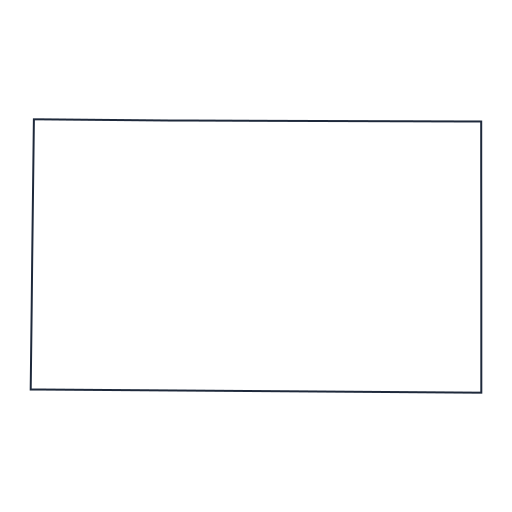 the district of Hucal, La Pampa, Argentina
{"feature_id": "61730980B74223418294329", "entity_name": "Hucal", "entity_type": "district", "adm_level": 2, "iso_a3": "ARG", "parent_name": "Argentina", "parent_adm1": "La Pampa", "projection": "mercator", "projection_center": [-63.771, -37.979], "detail": "fine", "context": "isolated", "style": "outline", "palette": "slate", "viewbox_px": 512, "rotation_deg": 0, "n_neighbors": 0, "source": "geoboundaries", "source_scale": "gbopen_adm2", "svg_char_len": 433}
<svg xmlns="http://www.w3.org/2000/svg" viewBox="0 0 512 512"><path d="M481.2,171.3L481.2,150.9L481.2,126.4L481.2,121.5L480.5,121.5L439.9,121.4L413.5,121.3L378.0,121.2L348.6,121.1L257.6,120.8L182.0,120.5L167.7,120.5L37.1,119.3L33.9,119.3L32.2,258.2L31.7,305.8L30.7,389.5L36.8,389.5L303.3,391.4L412.8,392.2L480.6,392.7L481.3,392.7L481.3,316.2L481.3,282.9L481.3,243.4L481.2,171.3Z" fill="none" stroke="#1e293b" stroke-width="2"/></svg>